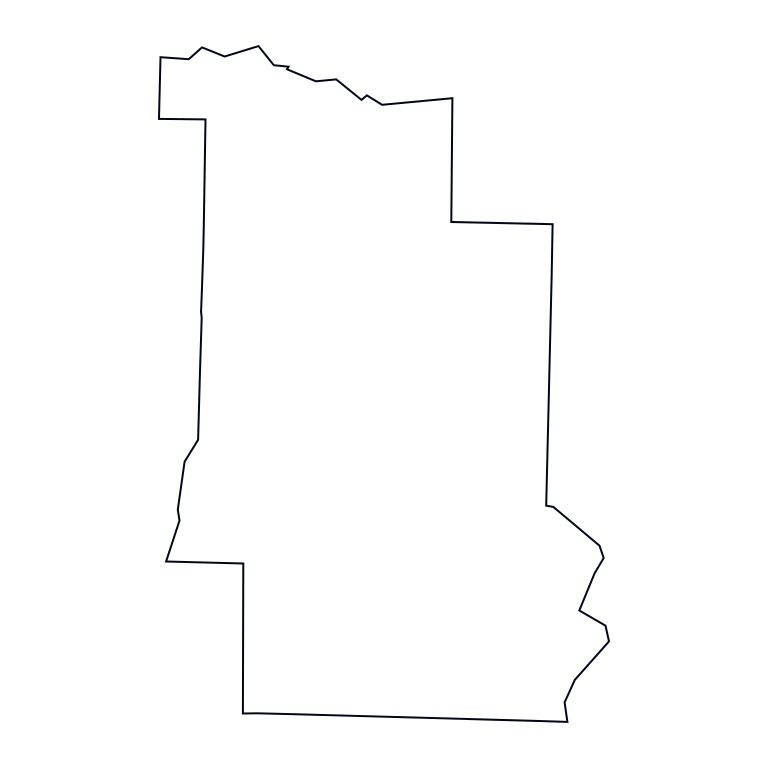 Lonoke, Arkansas, United States of America
{"feature_id": "52423323B67948009560092", "entity_name": "Lonoke", "entity_type": "district", "adm_level": 2, "iso_a3": "USA", "parent_name": "United States of America", "parent_adm1": "Arkansas", "projection": "natural_earth1", "projection_center": [-91.925, 34.779], "detail": "fine", "context": "isolated", "style": "outline", "palette": "ink", "viewbox_px": 768, "rotation_deg": 0, "n_neighbors": 0, "source": "geoboundaries", "source_scale": "gbopen_adm2", "svg_char_len": 702}
<svg xmlns="http://www.w3.org/2000/svg" viewBox="0 0 768 768"><path d="M159.0,118.9L205.5,119.4L203.8,225.7L203.3,249.0L202.1,284.5L201.1,311.2L201.0,311.4L201.7,317.8L200.0,371.2L198.1,439.8L184.6,461.7L177.8,509.6L179.5,520.6L166.1,561.5L243.3,563.5L242.9,713.5L257.3,713.3L293.8,714.2L542.4,721.1L567.4,721.9L564.6,702.4L574.8,679.9L609.0,641.4L605.5,625.7L579.3,610.5L594.7,573.1L603.7,558.0L599.5,545.7L553.3,506.9L546.2,505.7L551.7,274.1L552.6,224.2L451.3,222.0L452.4,98.2L382.1,104.8L366.9,95.4L361.5,99.9L336.2,79.4L315.9,81.3L287.0,69.3L288.5,66.7L273.8,65.2L258.5,46.1L224.6,56.5L202.0,47.4L188.8,59.2L160.5,57.2L159.4,101.7L159.0,118.9Z" fill="none" stroke="#020617" stroke-width="2"/></svg>